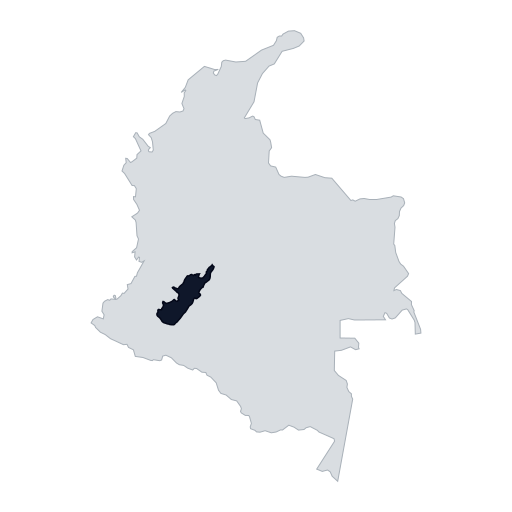 Huila highlighted on a map of Colombia
{"feature_id": "COL-1405", "entity_name": "Huila", "entity_type": "Department", "adm_level": 1, "iso_a3": "COL", "parent_name": "Colombia", "parent_adm1": "", "projection": "albers", "projection_center": [-75.51, 2.666], "detail": "fine", "context": "in_parent", "style": "filled", "palette": "ink", "viewbox_px": 512, "rotation_deg": 0, "n_neighbors": 0, "source": "natural_earth", "source_scale": "10m", "svg_char_len": 6653}
<svg xmlns="http://www.w3.org/2000/svg" viewBox="0 0 512 512"><path d="M299.2,46.0L293.4,48.4L282.1,51.3L274.3,63.9L269.0,66.1L262.4,73.6L257.6,82.9L254.0,101.8L244.3,117.9L245.1,118.6L249.0,117.9L252.6,116.1L253.9,116.6L255.3,119.5L259.7,120.2L263.2,133.1L270.0,139.8L270.7,142.3L271.6,147.7L269.2,151.0L268.5,163.0L270.6,165.9L275.7,167.1L279.0,174.5L281.1,176.2L284.2,177.4L291.5,176.2L304.8,177.4L308.0,177.2L315.4,174.5L324.9,177.7L331.8,178.2L350.9,200.5L352.8,199.9L355.2,201.2L360.0,198.9L364.1,198.5L369.6,199.5L376.7,199.5L391.1,197.1L393.3,195.8L401.1,197.0L403.5,198.7L404.7,202.9L403.7,205.5L401.0,208.1L399.5,211.5L399.3,215.6L397.9,218.6L395.3,220.6L394.4,223.4L395.0,227.2L393.7,244.1L394.8,245.5L395.7,252.5L399.0,261.5L400.7,264.1L403.5,266.2L408.6,273.6L407.5,276.2L394.5,287.9L393.9,290.6L396.4,289.5L400.4,290.6L401.8,293.4L411.5,301.5L411.4,304.6L414.2,310.7L413.8,312.0L420.6,329.4L420.9,333.1L415.3,334.1L415.0,322.5L414.2,320.1L407.8,309.8L406.5,308.9L402.2,310.1L395.3,317.9L392.0,319.0L389.4,318.0L386.7,313.4L385.0,312.6L383.3,316.4L385.5,319.8L354.5,320.0L348.4,318.6L340.1,320.4L340.1,338.0L354.8,338.2L358.8,343.2L358.5,347.3L359.1,348.8L355.6,349.7L350.5,346.9L341.4,350.3L334.7,351.1L334.3,370.5L338.4,375.4L346.2,380.5L347.4,384.0L346.9,387.4L348.8,391.6L351.4,393.8L351.4,396.3L352.7,399.1L337.7,481.3L332.2,476.3L330.2,471.8L327.5,470.0L322.3,471.4L316.7,469.1L334.6,441.2L334.0,438.7L318.9,432.0L317.3,430.3L310.2,426.6L306.2,427.7L304.0,429.5L298.5,430.1L294.1,427.2L288.8,425.2L282.5,430.0L280.6,429.9L276.1,432.0L271.3,432.8L265.1,430.7L260.0,432.2L256.5,431.9L255.1,430.4L250.6,428.7L250.2,426.9L251.4,423.4L249.5,416.6L248.7,415.5L245.3,415.4L241.3,412.9L240.5,411.5L241.4,408.7L240.6,406.4L236.7,400.9L231.3,399.5L226.1,395.0L220.9,393.4L218.5,390.2L216.2,382.8L210.8,377.1L207.0,375.2L205.8,372.5L201.9,372.2L196.6,368.5L194.3,368.3L192.7,370.0L187.8,368.2L183.6,365.4L179.3,364.7L176.5,363.0L171.4,357.8L165.9,355.2L162.7,356.1L161.6,360.0L159.8,360.7L153.4,359.7L152.4,360.6L150.7,360.4L143.0,357.5L135.3,356.4L133.4,349.8L128.5,347.4L127.0,344.3L123.5,344.7L110.5,338.7L105.1,334.5L100.4,332.2L95.6,327.5L94.8,325.6L91.1,322.9L93.0,319.5L97.5,316.8L103.3,318.9L104.1,314.8L101.9,311.2L103.0,303.1L104.5,301.3L107.7,299.6L109.7,300.3L111.0,298.9L115.8,299.5L117.2,299.0L120.9,295.7L122.4,293.1L124.1,293.4L128.0,289.0L127.3,284.6L131.0,283.6L134.9,276.4L136.5,276.2L137.4,272.8L144.1,260.9L141.7,262.3L139.0,261.4L139.5,257.4L138.7,257.0L136.5,260.0L134.6,256.9L135.1,251.8L132.1,252.8L132.2,251.6L136.6,247.7L138.5,239.0L137.0,235.8L136.1,222.6L135.4,220.1L131.8,216.8L137.5,213.1L139.5,210.3L136.9,204.4L133.6,199.5L133.5,196.6L135.5,196.8L136.3,188.7L134.4,185.6L132.1,185.5L124.6,173.5L122.0,171.0L123.9,165.2L126.2,162.7L125.7,158.3L127.2,158.5L130.5,162.5L131.8,161.9L136.8,158.1L137.0,154.6L141.0,150.9L135.4,138.6L133.4,136.7L135.7,132.7L137.1,132.9L139.3,136.8L142.8,139.3L148.1,146.2L150.3,147.7L148.7,149.3L148.4,150.9L149.1,151.8L152.1,152.0L153.3,150.1L152.5,141.8L151.2,137.6L148.5,134.7L149.4,133.4L154.7,131.4L165.8,123.5L169.7,116.0L172.6,113.3L175.9,111.6L179.9,112.0L183.0,111.0L184.0,108.7L181.9,103.5L184.3,96.4L184.2,92.8L185.8,90.7L185.2,89.9L181.2,92.4L185.3,87.4L188.2,79.8L204.4,66.4L214.9,69.6L218.3,69.4L213.9,71.1L213.3,73.0L214.8,75.0L216.4,75.6L217.7,74.3L221.3,66.5L221.8,62.2L223.3,60.7L225.6,60.1L235.8,62.0L245.6,61.3L261.5,50.1L273.5,45.3L276.4,40.7L277.2,37.3L279.4,36.0L281.7,36.0L283.0,34.1L288.5,31.1L294.5,30.7L300.7,33.3L303.6,37.9L304.1,41.0L299.2,46.0ZM115.9,298.1L115.2,298.7L113.8,297.6L113.3,296.2L114.2,295.2L115.3,295.6L115.9,298.1Z" fill="#d9dde1" stroke="#a8b0b8" stroke-width="1"/><path d="M203.1,287.1L202.7,287.2L202.4,287.3L202.0,287.7L201.0,288.6L199.8,290.2L199.3,291.2L198.9,292.0L198.8,292.5L199.0,293.2L199.6,293.6L200.3,294.3L200.5,295.1L200.3,295.5L199.3,296.6L197.0,298.4L196.1,298.7L195.8,298.5L195.0,298.1L194.7,298.0L194.4,298.1L194.1,298.4L193.7,299.1L192.8,302.1L192.4,302.9L192.1,303.5L191.0,304.6L190.8,304.8L189.5,305.7L188.9,306.2L188.3,307.3L187.5,308.7L185.4,312.0L183.4,313.8L181.5,316.5L180.2,318.3L178.4,320.3L177.9,320.9L177.5,321.5L177.1,321.9L175.7,322.9L175.2,323.4L174.8,324.0L174.3,324.5L173.8,324.7L173.1,324.8L172.4,324.7L171.0,324.7L169.3,324.4L168.3,323.9L167.3,323.9L166.3,323.5L165.9,323.3L165.1,323.1L163.8,322.7L162.9,322.1L162.1,321.4L161.0,319.5L159.6,317.7L157.6,316.1L157.0,315.1L156.9,314.0L157.0,313.6L157.2,313.1L157.9,312.5L158.0,312.2L157.9,311.4L157.9,310.1L158.3,309.6L158.7,309.4L159.1,309.5L159.5,309.6L159.9,309.7L160.4,309.7L160.9,309.8L161.3,309.7L161.7,309.6L161.9,309.4L161.9,309.1L161.8,308.9L161.8,308.6L161.8,308.4L162.2,308.0L162.5,307.8L162.9,307.1L163.2,306.1L163.3,305.8L163.5,305.5L163.6,305.1L162.6,302.9L163.0,301.5L163.8,301.6L164.2,302.0L165.7,303.2L166.2,303.3L166.9,303.3L169.1,302.7L169.9,302.4L171.9,301.4L172.5,301.0L173.1,300.4L173.8,299.7L174.2,299.5L175.1,300.2L176.0,301.0L176.6,301.3L177.5,301.2L177.8,300.7L178.1,300.3L178.8,300.0L178.0,298.5L178.1,297.7L178.6,296.6L179.2,294.7L178.8,294.1L178.5,293.3L178.1,292.9L177.7,292.6L177.2,292.4L176.9,292.1L176.1,291.2L175.4,290.6L172.6,288.1L172.4,287.6L173.2,287.1L173.5,287.1L173.9,287.1L174.2,287.3L174.5,287.6L175.0,287.9L177.2,288.7L177.9,288.7L178.3,288.7L178.6,288.3L179.2,287.1L180.2,286.0L182.8,283.9L183.3,283.3L183.5,282.4L184.2,281.7L184.3,280.6L184.9,279.4L185.7,278.2L186.5,277.1L187.0,276.3L187.4,275.9L187.7,275.9L188.0,275.9L188.3,276.0L188.5,276.0L188.8,275.9L189.1,275.7L189.3,275.6L189.9,275.4L190.1,275.3L190.2,275.1L190.4,274.8L190.6,274.7L191.5,274.5L191.8,274.5L192.0,274.7L192.6,275.1L193.0,275.3L193.4,275.6L193.5,275.5L193.7,275.3L193.9,275.0L194.3,274.7L194.6,274.6L194.8,274.7L194.9,274.8L195.0,274.9L195.5,275.2L195.5,274.7L195.8,274.4L196.1,274.3L196.3,274.1L196.5,274.0L199.4,273.9L199.2,274.2L199.1,274.8L199.0,275.1L198.9,275.4L198.7,275.7L198.7,275.8L198.6,276.3L198.6,276.6L198.5,277.0L198.4,277.3L198.5,277.5L200.0,278.0L201.3,278.2L202.8,277.9L204.3,276.4L205.3,274.9L205.8,274.2L206.4,273.7L206.5,273.4L206.5,273.1L206.4,272.8L206.3,272.4L206.4,271.7L206.6,271.4L206.9,271.2L207.1,271.1L207.4,270.7L207.5,270.5L207.5,270.2L207.4,269.7L207.5,269.5L207.7,269.2L207.8,269.1L208.0,269.0L208.2,268.9L208.4,268.7L208.7,268.1L208.9,267.8L209.2,267.4L210.3,266.7L212.0,265.2L212.2,264.8L213.0,265.9L214.0,266.6L213.9,267.4L213.3,268.9L212.7,269.9L210.7,272.5L210.4,273.5L210.3,274.6L210.2,276.9L210.0,277.8L209.8,278.7L209.0,280.0L208.5,280.4L207.2,281.3L206.5,282.0L205.7,282.4L205.1,282.8L204.8,283.2L203.9,284.8L203.1,286.9L203.1,287.1Z" fill="#0f172a" stroke="#020617" stroke-width="1.5"/></svg>